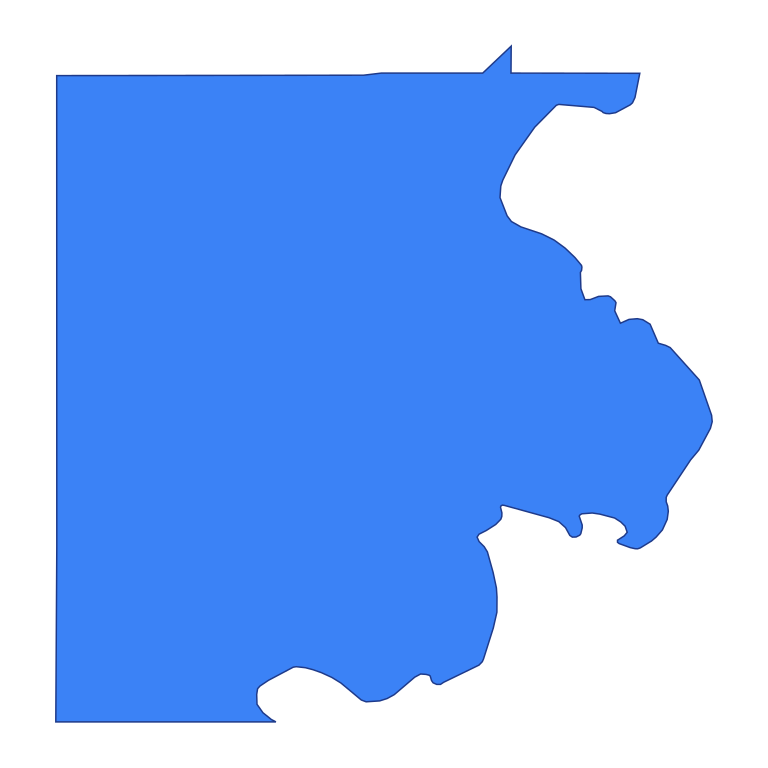 the district of Jefferson, Oklahoma, United States of America, rotated 270°
{"feature_id": "52423323B23820153669185", "entity_name": "Jefferson", "entity_type": "district", "adm_level": 2, "iso_a3": "USA", "parent_name": "United States of America", "parent_adm1": "Oklahoma", "projection": "equal_earth", "projection_center": [-97.897, 34.069], "detail": "fine", "context": "isolated", "style": "filled", "palette": "blue", "viewbox_px": 768, "rotation_deg": 270, "n_neighbors": 0, "source": "geoboundaries", "source_scale": "gbopen_adm2", "svg_char_len": 1938}
<svg xmlns="http://www.w3.org/2000/svg" viewBox="0 0 768 768"><g transform="rotate(270 384 384)"><path d="M46.1,55.8L46.1,275.9L48.6,271.2L55.3,262.9L63.7,257.0L73.6,256.7L79.3,257.6L82.0,260.0L87.7,268.5L100.8,293.2L101.3,296.2L100.3,305.4L98.3,313.0L95.3,321.5L90.6,331.8L85.0,340.9L68.0,361.3L66.2,366.1L67.1,379.7L69.5,387.2L73.4,394.3L90.8,414.7L94.0,420.6L93.6,426.1L92.8,429.1L92.0,430.2L87.5,431.5L85.2,433.1L83.6,436.7L83.6,440.5L85.7,443.6L102.9,479.0L106.3,482.3L109.0,483.5L140.0,493.3L155.8,496.9L170.9,497.0L180.1,496.4L195.6,493.1L216.1,487.4L221.3,484.2L226.4,479.1L230.9,477.1L233.8,479.0L237.5,486.3L243.5,495.7L248.7,500.8L251.5,501.8L255.1,501.9L260.8,500.5L262.0,500.9L262.9,502.3L262.6,504.4L250.3,549.0L246.4,558.8L240.4,565.5L232.6,569.8L230.9,572.3L231.0,576.1L232.8,579.7L234.3,580.8L240.1,582.2L243.0,582.2L251.9,579.2L253.0,579.9L254.2,581.8L255.0,592.2L253.9,599.8L250.0,614.6L246.1,620.7L241.8,625.1L235.7,627.2L232.1,624.2L227.8,617.5L225.7,617.5L224.4,619.2L220.4,630.2L219.3,635.1L219.2,637.6L220.1,640.3L226.8,651.2L226.8,651.3L230.9,656.1L238.1,662.4L248.6,667.2L256.7,668.3L262.0,667.7L266.2,666.2L270.6,666.2L272.9,667.2L308.1,690.6L317.9,698.8L339.6,710.4L346.3,712.2L352.7,711.6L388.0,699.3L420.4,670.2L422.6,665.7L424.8,658.3L443.8,650.1L448.3,642.8L449.3,637.3L448.6,629.0L444.8,620.4L457.2,614.7L465.3,616.0L467.2,614.9L471.2,610.5L472.1,608.1L471.6,598.6L468.4,590.2L468.3,584.9L479.3,580.9L495.6,580.4L497.7,581.6L500.9,581.9L502.6,581.5L510.4,575.0L519.9,565.1L527.9,554.2L534.1,541.8L541.1,520.9L546.5,511.4L552.2,507.1L570.4,500.0L582.0,500.8L587.9,502.8L613.1,515.1L640.8,534.7L662.7,556.3L663.6,558.8L660.6,594.1L656.6,602.0L655.4,603.2L654.5,606.0L654.3,609.5L655.3,615.6L663.2,630.3L665.2,632.5L670.5,635.0L694.7,639.8L694.9,511.0L721.9,511.2L694.9,482.7L694.9,381.2L692.8,363.6L692.6,229.6L692.4,56.7L222.1,56.8L46.1,55.8Z" fill="#3b82f6" stroke="#1e3a8a" stroke-width="1.5"/></g></svg>